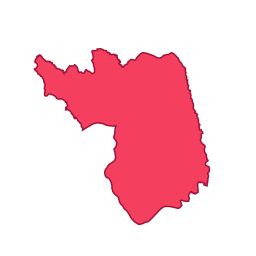 Logroño, Morona Santiago, Ecuador, rotated 343°
{"feature_id": "8360857B64842407463110", "entity_name": "Logroño", "entity_type": "district", "adm_level": 2, "iso_a3": "ECU", "parent_name": "Ecuador", "parent_adm1": "Morona Santiago", "projection": "robinson", "projection_center": [-78.085, -2.764], "detail": "fine", "context": "isolated", "style": "filled", "palette": "rose", "viewbox_px": 256, "rotation_deg": 343, "n_neighbors": 0, "source": "geoboundaries", "source_scale": "gbopen_adm2", "svg_char_len": 5717}
<svg xmlns="http://www.w3.org/2000/svg" viewBox="0 0 256 256"><g transform="rotate(343 128 128)"><path d="M147.1,64.9L147.0,65.7L146.1,66.6L144.1,66.6L141.8,67.8L141.3,68.4L141.0,68.4L140.8,67.6L140.1,67.4L140.2,66.8L139.9,66.6L139.9,66.1L139.6,66.1L139.5,65.2L138.6,64.9L138.6,64.1L138.2,63.8L139.8,62.9L139.9,62.6L139.6,62.4L139.9,62.1L139.1,61.6L138.9,60.8L139.6,60.6L138.3,59.3L138.3,58.1L138.5,57.5L138.4,57.2L138.1,57.1L138.6,55.8L138.1,55.9L137.6,55.5L138.0,54.7L137.6,54.6L137.2,55.0L136.7,54.9L136.5,54.5L136.6,53.8L135.5,53.1L133.9,53.3L133.0,52.3L132.3,52.4L132.1,51.7L132.5,51.2L131.9,50.8L131.9,50.3L131.5,49.9L130.7,50.0L130.4,49.7L129.9,47.7L128.2,46.9L127.3,46.7L127.1,46.4L127.0,45.8L125.1,44.3L124.3,44.0L122.3,43.8L121.7,43.4L121.0,44.7L119.2,44.5L117.1,43.7L116.3,43.7L116.1,44.0L115.8,44.7L115.9,46.6L115.6,49.5L115.1,51.2L114.6,52.0L113.3,52.4L113.0,53.0L113.7,56.2L113.4,58.6L113.4,60.7L113.0,62.1L112.9,63.2L112.6,64.2L111.9,65.1L110.4,65.6L109.8,65.4L108.9,64.7L107.6,62.6L106.5,62.1L105.1,60.0L104.0,60.5L103.3,61.1L103.3,61.5L102.3,62.5L101.4,62.6L100.1,61.8L99.7,60.8L98.3,60.6L97.9,60.9L97.5,60.6L97.4,59.9L97.1,59.7L97.3,59.1L97.0,58.4L97.2,57.0L97.0,56.3L97.2,55.1L96.3,54.0L96.4,53.3L96.2,52.8L95.4,51.9L94.5,52.5L93.2,52.7L90.4,51.4L86.1,54.7L85.4,56.3L84.9,55.9L83.9,56.0L82.7,57.2L82.3,55.1L82.8,54.2L82.3,54.1L82.0,53.4L81.6,53.6L80.9,53.2L80.7,52.7L79.5,51.5L78.1,50.7L77.5,50.2L76.8,50.1L76.9,48.5L76.1,47.9L76.3,47.3L76.0,46.8L76.1,46.4L74.9,45.6L74.7,44.7L74.2,43.8L74.6,43.5L74.5,43.3L73.6,43.1L73.1,42.3L73.2,42.0L72.7,41.5L72.3,41.9L71.0,40.7L70.0,40.9L69.2,40.1L68.7,40.0L68.7,39.3L67.5,37.6L66.4,35.3L66.4,34.2L65.9,33.5L65.3,33.4L65.1,32.7L64.7,32.8L64.9,32.3L64.3,32.3L63.2,33.0L62.4,32.7L62.0,33.0L62.0,33.6L61.5,33.4L60.4,35.0L59.7,35.3L59.2,36.5L58.1,37.2L59.9,40.4L59.9,41.7L59.0,42.9L57.5,44.0L55.8,44.2L56.2,45.6L56.5,46.3L57.0,46.5L57.6,48.1L57.8,50.0L59.7,52.2L59.6,53.1L60.3,53.3L60.7,53.8L61.1,56.1L61.4,56.7L61.0,59.8L61.3,60.5L61.2,61.6L61.5,62.5L59.5,65.7L59.7,67.9L58.1,71.1L57.8,72.1L58.0,72.7L58.5,73.2L59.5,73.6L60.4,73.4L61.3,72.7L62.1,72.5L62.8,72.4L63.8,72.8L64.3,73.5L66.0,74.5L67.3,76.0L68.4,77.9L68.2,78.6L68.4,78.9L70.4,80.2L73.4,80.9L75.3,83.2L75.7,84.0L75.7,85.0L76.8,85.4L76.5,87.6L77.0,88.8L76.9,89.2L74.8,90.0L74.4,90.5L74.4,91.0L75.1,91.0L75.3,91.3L74.9,91.8L73.9,91.9L73.6,92.3L76.5,93.2L76.5,93.6L77.2,94.3L78.2,96.1L78.3,96.7L78.2,97.5L78.5,97.6L78.5,98.0L79.0,98.5L78.7,98.9L79.0,99.5L79.4,99.7L79.5,100.0L79.5,101.5L79.3,102.1L79.8,103.4L80.0,103.6L80.7,102.7L81.3,103.2L81.6,103.0L82.0,103.7L82.1,106.2L83.1,107.6L83.2,108.8L84.2,109.7L84.4,110.3L84.1,111.2L83.9,113.2L84.7,114.9L83.9,116.8L87.2,115.8L94.3,114.2L96.6,113.8L99.6,113.9L102.5,115.0L105.1,116.3L107.9,118.8L110.4,120.2L115.4,122.2L117.1,122.5L115.6,124.7L113.6,129.6L111.8,132.4L111.6,133.4L111.8,134.5L112.7,136.5L113.0,138.7L112.3,140.5L111.8,141.0L111.5,141.7L110.2,143.0L108.4,144.0L108.5,147.0L107.6,152.2L106.8,154.0L104.9,155.7L99.5,157.2L97.8,158.3L95.7,160.3L94.7,160.9L93.5,162.2L92.8,163.4L92.4,165.7L92.4,167.8L93.3,169.3L94.7,170.3L95.5,171.5L95.7,173.6L96.0,174.5L95.8,178.7L95.0,181.0L94.9,184.5L96.2,188.0L98.5,191.1L98.3,196.0L98.7,198.3L100.3,201.4L100.6,203.6L101.0,204.5L102.5,206.5L104.4,212.8L104.2,213.6L105.5,217.2L107.3,220.1L109.9,223.1L110.7,223.5L114.7,223.7L116.9,223.1L119.3,223.5L120.3,223.3L125.3,220.8L133.0,216.3L137.9,214.0L139.1,213.8L141.6,214.1L143.7,214.8L146.3,215.9L151.8,219.1L153.1,219.6L154.6,219.2L156.9,217.6L156.9,212.7L158.5,212.8L159.5,213.9L160.9,214.4L162.1,215.2L164.5,215.7L165.7,214.0L166.2,212.6L166.0,211.2L166.1,210.6L166.8,209.2L167.8,208.6L168.2,207.7L169.7,207.3L170.0,207.7L170.1,208.7L170.6,208.8L171.2,208.7L171.4,209.8L171.8,209.9L172.3,209.8L172.5,210.4L173.2,210.7L173.6,210.2L174.2,210.3L174.5,210.0L175.1,210.2L176.1,210.0L176.7,208.8L176.7,207.8L177.2,206.2L177.3,204.7L178.0,203.2L177.9,201.9L178.7,201.4L178.8,200.8L179.5,200.1L180.0,200.2L181.0,201.4L181.7,200.9L183.0,201.5L183.6,202.4L185.2,203.0L185.3,203.4L184.2,204.1L184.0,204.6L184.9,204.8L185.1,205.6L186.8,206.4L187.7,203.4L188.4,203.2L188.4,202.2L188.6,201.8L189.2,201.3L189.6,199.5L190.8,197.9L191.0,196.8L191.0,194.6L192.9,193.3L193.7,191.9L194.2,189.6L194.1,189.0L193.5,188.2L192.3,187.3L191.3,185.9L191.2,185.4L192.8,183.3L193.6,182.8L194.3,183.0L194.9,182.7L194.9,181.7L194.4,180.4L194.7,179.2L194.3,178.4L195.1,176.9L195.2,176.3L194.6,175.2L194.3,171.7L196.3,168.3L196.4,167.7L195.5,166.0L194.3,164.4L193.4,161.1L194.5,159.8L195.7,157.3L196.0,155.9L196.5,155.1L196.8,154.9L198.0,154.8L198.2,154.1L197.5,152.5L197.4,151.2L196.1,150.9L195.9,150.5L196.4,148.6L196.2,147.2L196.3,146.9L197.2,146.7L197.7,145.8L197.5,145.3L196.8,144.6L197.7,141.0L197.7,138.5L197.3,137.9L197.3,136.7L197.5,136.3L198.3,135.8L198.4,135.4L197.5,133.9L196.2,133.1L196.3,132.8L197.3,132.2L196.8,130.2L196.2,129.0L196.1,127.5L197.1,126.2L197.5,123.0L197.1,121.7L197.6,119.8L197.3,118.5L196.7,117.5L197.8,115.0L197.9,113.9L197.3,112.9L198.7,110.5L198.6,110.2L197.9,110.0L197.5,109.4L196.8,107.8L197.9,106.2L197.7,105.1L198.3,105.0L197.8,103.9L197.9,102.5L198.3,102.4L198.3,101.6L198.0,100.6L198.9,100.1L199.1,99.6L198.2,99.0L198.1,98.8L198.6,97.6L198.5,96.9L199.1,96.7L198.8,95.3L198.8,93.5L199.6,91.9L199.4,91.2L199.7,90.2L199.6,89.4L199.9,89.2L200.2,88.0L200.2,87.1L199.3,86.0L198.3,84.4L198.2,82.3L197.8,81.3L197.0,80.1L196.3,75.9L193.9,71.1L192.6,69.4L191.8,68.9L191.1,68.8L188.6,69.5L183.9,68.9L182.1,69.5L180.4,70.5L178.2,70.2L177.4,70.0L175.5,68.5L173.5,66.3L167.0,61.6L163.9,60.3L161.9,60.6L157.7,62.8L155.1,65.0L154.4,65.1L153.0,64.5L151.8,63.5L151.2,63.3L150.4,63.4L148.7,64.3L147.1,64.9Z" fill="#f43f5e" stroke="#9f1239" stroke-width="1.5"/></g></svg>